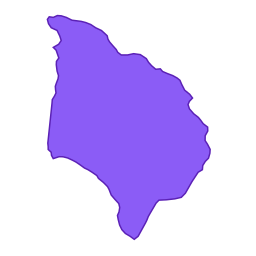 outline of Paiçandu, Paraná, Brazil, rotated 91°
{"feature_id": "56859067B32899743877918", "entity_name": "Paiçandu", "entity_type": "district", "adm_level": 2, "iso_a3": "BRA", "parent_name": "Brazil", "parent_adm1": "Paraná", "projection": "equal_earth", "projection_center": [-52.127, -23.462], "detail": "fine", "context": "isolated", "style": "filled", "palette": "violet", "viewbox_px": 256, "rotation_deg": 91, "n_neighbors": 0, "source": "geoboundaries", "source_scale": "gbopen_adm2", "svg_char_len": 1542}
<svg xmlns="http://www.w3.org/2000/svg" viewBox="0 0 256 256"><g transform="rotate(91 128 128)"><path d="M144.6,207.9L148.0,207.5L150.9,207.4L153.6,204.4L156.7,204.0L159.9,202.2L157.9,196.5L157.9,192.5L159.0,187.8L161.2,182.9L162.8,179.7L165.5,175.5L168.8,170.8L170.4,167.2L172.7,163.4L176.1,158.3L179.0,156.6L182.8,151.7L187.0,147.4L189.9,145.8L195.3,143.6L199.6,139.8L203.7,135.9L207.6,134.9L212.0,135.5L215.6,137.0L219.6,136.2L225.1,134.7L229.7,132.4L233.5,128.8L236.1,124.2L239.2,119.8L236.1,116.0L222.5,108.8L219.7,107.5L216.2,106.2L212.7,104.3L202.6,98.6L199.6,95.8L199.1,88.4L198.0,79.9L196.4,73.5L192.2,69.5L180.5,63.1L171.0,57.1L168.4,52.9L164.2,52.6L160.0,50.1L156.8,47.0L151.9,45.7L147.9,45.5L142.9,48.2L139.2,50.7L134.4,50.7L129.6,48.2L125.7,48.4L122.4,52.9L119.2,55.3L116.2,57.8L112.6,62.6L107.8,66.9L103.5,68.4L100.3,67.1L96.9,64.0L93.2,66.9L89.2,72.0L83.4,75.1L79.4,76.9L77.2,79.7L74.8,84.2L72.9,89.5L70.9,94.4L68.3,96.7L68.8,101.3L65.4,105.4L62.0,108.6L58.3,110.9L54.4,117.0L53.6,123.7L55.0,129.8L55.1,136.0L52.5,139.6L49.8,141.1L45.9,144.7L42.3,147.9L39.5,149.6L36.2,150.4L33.8,153.0L31.0,156.2L28.3,162.2L25.2,167.0L23.3,172.1L22.2,176.7L21.2,185.9L18.5,191.6L17.0,196.7L16.8,200.6L18.7,204.6L18.2,208.7L20.8,210.5L25.1,209.3L29.1,206.5L31.7,200.6L37.3,197.8L41.7,196.3L45.5,198.8L48.7,204.1L51.5,201.2L59.2,198.4L62.6,200.7L66.1,200.8L72.3,199.9L76.9,198.4L80.0,198.8L84.4,200.4L87.6,201.4L91.0,201.1L94.2,200.6L97.4,202.1L101.0,204.2L104.6,204.4L144.6,207.9Z" fill="#8b5cf6" stroke="#5b21b6" stroke-width="1.5"/></g></svg>